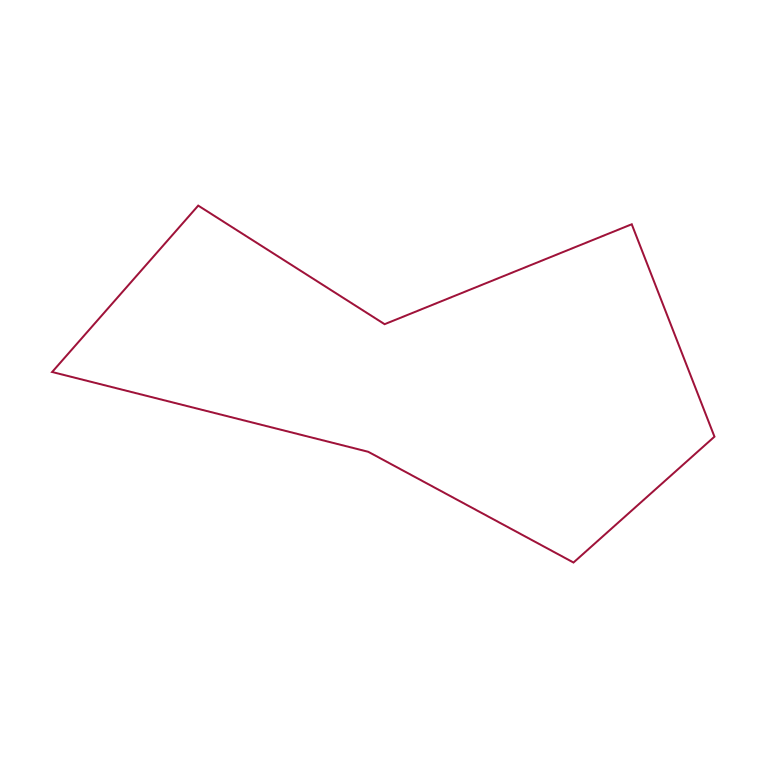 the district of Covington, Virginia, United States of America, rotated 272°
{"feature_id": "52423323B91815007109121", "entity_name": "Covington", "entity_type": "district", "adm_level": 2, "iso_a3": "USA", "parent_name": "United States of America", "parent_adm1": "Virginia", "projection": "albers", "projection_center": [-79.988, 37.781], "detail": "fine", "context": "isolated", "style": "outline", "palette": "rose", "viewbox_px": 768, "rotation_deg": 272, "n_neighbors": 0, "source": "geoboundaries", "source_scale": "gbopen_adm2", "svg_char_len": 261}
<svg xmlns="http://www.w3.org/2000/svg" viewBox="0 0 768 768"><g transform="rotate(272 384 384)"><path d="M212.2,579.6L342.9,716.1L552.3,626.0L443.8,382.5L555.8,192.1L384.4,51.9L315.7,370.6L212.2,579.6Z" fill="none" stroke="#9f1239" stroke-width="2"/></g></svg>